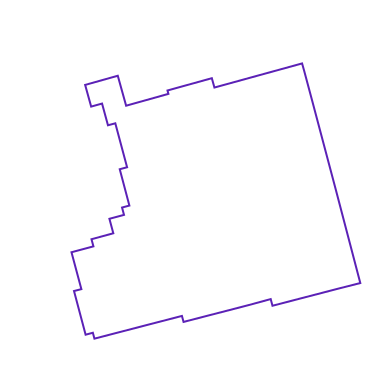 Custer, Montana, United States of America, rotated 255°
{"feature_id": "52423323B6606867099089", "entity_name": "Custer", "entity_type": "district", "adm_level": 2, "iso_a3": "USA", "parent_name": "United States of America", "parent_adm1": "Montana", "projection": "orthographic", "projection_center": [-105.487, 46.324], "detail": "fine", "context": "isolated", "style": "outline", "palette": "violet", "viewbox_px": 384, "rotation_deg": 255, "n_neighbors": 0, "source": "geoboundaries", "source_scale": "gbopen_adm2", "svg_char_len": 625}
<svg xmlns="http://www.w3.org/2000/svg" viewBox="0 0 384 384"><g transform="rotate(255 192 192)"><path d="M280.0,331.7L287.7,331.6L287.1,240.7L296.8,240.6L296.4,194.6L292.9,194.6L292.4,150.7L323.5,150.4L323.1,116.5L300.6,116.7L300.7,128.0L278.2,128.1L278.2,135.7L232.7,135.7L232.7,128.1L195.1,128.0L195.1,120.4L187.5,120.4L187.5,105.3L172.5,105.3L172.4,82.7L165.0,82.7L165.0,60.0L126.8,60.0L126.9,52.4L81.7,52.3L81.7,56.1L81.7,59.8L75.6,59.8L75.2,113.5L74.9,150.2L68.7,150.2L68.1,217.7L68.2,240.3L61.3,240.3L60.8,308.1L60.5,331.0L157.2,331.5L248.4,331.7L280.0,331.7Z" fill="none" stroke="#5b21b6" stroke-width="2"/></g></svg>